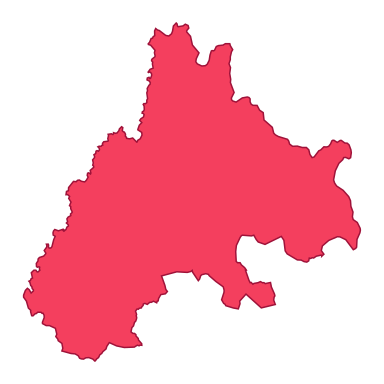 the district of Mouhoun, Mou Houn, Burkina Faso
{"feature_id": "67063806B95698273817509", "entity_name": "Mouhoun", "entity_type": "district", "adm_level": 2, "iso_a3": "BFA", "parent_name": "Burkina Faso", "parent_adm1": "Mou Houn", "projection": "natural_earth1", "projection_center": [-3.46, 12.237], "detail": "fine", "context": "isolated", "style": "filled", "palette": "rose", "viewbox_px": 384, "rotation_deg": 0, "n_neighbors": 0, "source": "geoboundaries", "source_scale": "gbopen_adm2", "svg_char_len": 5890}
<svg xmlns="http://www.w3.org/2000/svg" viewBox="0 0 384 384"><path d="M323.9,254.2L321.3,250.6L322.4,245.9L328.8,240.4L337.4,236.7L340.0,236.9L345.8,239.7L353.3,249.7L355.6,248.5L356.6,247.2L357.0,239.4L359.9,232.8L360.4,230.1L360.1,228.2L357.3,222.5L353.2,219.6L352.4,216.8L353.0,212.1L350.9,206.3L350.5,200.7L348.7,196.6L343.1,190.3L336.6,186.0L334.6,183.0L333.6,179.9L335.3,170.8L338.9,163.3L342.8,159.6L343.6,157.6L345.7,157.4L348.9,158.8L350.6,157.7L351.3,152.7L350.9,149.8L349.1,144.9L347.3,143.2L344.8,143.0L341.3,140.4L340.3,140.4L337.2,142.4L334.0,140.3L332.7,140.3L331.9,140.8L330.5,144.0L328.6,146.4L326.4,147.0L323.9,146.8L320.8,149.9L318.8,150.8L314.1,157.0L312.1,157.6L309.9,154.4L308.8,149.8L306.4,147.5L302.3,147.5L297.3,146.1L292.6,146.3L289.6,144.1L288.7,141.0L287.5,139.3L278.3,136.5L275.3,134.8L273.7,133.1L272.3,127.3L264.0,120.0L263.2,112.6L259.6,110.2L257.1,105.4L252.8,105.3L251.1,104.1L250.1,101.8L250.1,98.9L249.0,97.5L247.3,97.0L242.3,97.9L236.1,102.1L232.6,100.9L231.6,99.8L231.4,98.0L234.1,92.5L230.4,82.6L230.7,79.3L229.7,73.5L230.5,67.6L229.0,63.7L230.3,59.7L230.3,56.8L231.5,51.7L232.7,49.7L230.3,45.6L229.8,43.7L225.3,43.7L223.0,45.1L218.4,45.6L216.3,46.5L214.6,50.1L213.7,50.8L212.0,50.6L211.3,51.0L210.0,55.1L209.2,60.3L207.2,64.3L205.3,65.7L201.8,66.0L197.3,63.9L195.8,61.7L196.3,58.7L199.0,52.9L192.4,45.0L190.5,36.3L186.7,31.9L186.7,30.7L188.8,28.1L188.1,25.5L185.3,24.2L183.0,25.9L178.1,26.7L177.6,26.3L177.0,23.8L176.2,23.0L173.4,26.0L172.5,31.3L171.5,33.8L168.8,36.0L165.7,35.4L159.3,30.5L157.5,30.0L155.7,28.5L154.6,30.9L154.7,35.7L153.2,36.6L152.5,38.2L151.1,38.5L149.6,42.2L148.2,43.8L148.4,44.5L150.7,45.2L155.0,50.3L154.4,52.7L155.1,55.9L154.9,56.8L152.1,59.0L151.6,60.0L151.6,60.8L152.7,62.1L152.4,64.0L153.2,68.1L150.1,69.3L148.1,72.1L148.5,72.5L149.5,72.0L150.6,72.4L151.6,73.9L151.6,75.7L150.5,78.4L149.8,78.6L149.0,77.3L147.3,78.0L147.0,79.9L149.4,81.1L150.3,82.7L150.0,84.4L149.0,85.2L147.2,88.4L147.5,90.8L146.8,92.8L147.6,98.8L146.8,100.1L146.8,102.6L145.5,103.7L143.9,103.6L143.2,104.4L144.1,106.1L144.3,109.6L143.6,111.1L142.4,111.7L142.1,113.2L143.3,113.5L144.1,114.6L143.5,117.0L140.9,118.7L139.7,120.4L141.8,122.6L139.3,125.2L138.0,128.9L137.8,129.8L141.7,132.4L142.0,135.1L140.2,138.8L137.6,140.4L137.3,141.8L136.7,142.1L132.7,138.0L129.7,138.8L126.6,138.4L126.5,137.3L125.4,136.3L125.5,134.2L124.4,132.1L123.5,131.9L122.3,130.7L122.8,127.6L121.6,126.7L119.4,128.9L118.9,130.7L117.0,133.0L115.4,133.3L113.6,132.7L113.7,133.4L112.9,134.5L111.4,133.8L108.1,134.3L108.5,135.6L107.8,138.6L108.3,140.7L107.9,141.2L103.8,141.7L102.5,143.3L102.7,145.2L101.7,145.4L101.1,146.3L99.1,146.2L97.9,146.8L99.2,148.2L99.5,149.8L98.5,151.2L97.0,150.6L96.0,151.2L95.7,153.5L93.9,154.7L94.6,156.6L94.5,157.6L92.6,159.9L93.3,163.0L92.7,165.2L93.6,166.1L93.7,167.3L90.2,170.4L90.9,173.0L90.5,174.0L88.8,172.8L87.6,173.2L87.2,175.4L88.1,177.2L86.3,180.3L84.7,181.9L81.5,181.3L79.3,180.0L77.5,180.3L76.2,181.7L73.5,181.4L68.6,187.5L68.4,190.7L66.5,191.4L66.0,194.7L67.6,194.6L69.6,196.4L68.7,198.4L71.0,202.1L69.5,205.7L70.7,206.5L70.7,208.7L72.1,211.7L72.1,212.5L70.5,214.0L70.8,215.6L68.1,217.1L66.9,218.9L67.6,221.8L66.4,223.0L68.3,224.8L68.4,226.0L66.9,227.1L66.0,229.5L63.9,231.2L63.1,230.5L63.7,229.6L63.2,229.2L58.4,230.8L54.8,229.5L53.5,231.0L53.0,232.8L53.2,235.1L55.2,236.3L53.7,239.7L51.9,246.8L50.8,248.0L49.2,248.1L48.5,247.0L48.6,245.0L48.2,244.1L46.4,244.2L46.9,245.8L46.6,247.2L44.2,250.5L45.8,253.1L45.7,253.8L43.7,256.1L39.4,257.5L38.1,259.0L38.0,260.9L36.3,263.5L36.5,266.6L37.4,267.2L39.0,266.8L39.7,267.2L39.4,269.0L39.9,270.2L37.9,272.0L36.9,271.7L35.9,270.2L33.9,270.2L31.3,272.7L32.5,278.1L31.2,278.6L30.4,280.5L28.9,281.2L29.9,282.4L30.7,285.5L31.8,286.6L32.2,288.6L33.4,289.8L33.4,290.9L31.1,293.0L29.2,289.7L27.4,288.3L25.4,290.4L23.6,295.1L23.6,297.2L26.4,301.1L28.4,308.1L30.7,310.3L30.6,311.8L31.7,315.7L32.9,315.9L35.2,313.7L36.2,313.6L37.8,312.2L41.1,312.3L42.0,313.3L43.0,313.2L44.1,315.3L44.2,317.6L42.4,322.3L42.5,323.6L46.2,325.6L49.5,325.6L55.4,328.3L56.8,334.2L55.8,336.6L57.8,339.1L58.2,340.7L61.9,343.4L62.8,348.3L61.9,351.0L71.0,353.5L75.1,353.9L78.2,355.7L79.6,358.2L81.3,358.9L83.6,359.1L85.8,357.8L88.9,357.6L92.9,359.1L94.7,361.0L95.3,360.9L96.7,358.9L98.5,357.6L99.9,354.7L101.7,353.5L102.8,351.7L106.0,349.0L106.8,346.4L109.3,342.6L116.6,345.9L124.3,347.5L134.3,347.1L137.3,345.2L139.1,345.8L140.1,345.1L141.8,345.3L141.7,343.7L138.5,340.0L138.2,338.4L136.0,336.0L135.9,334.6L134.5,333.4L132.9,333.4L131.0,331.9L131.9,327.6L133.5,325.9L134.5,322.4L135.7,321.2L136.5,318.9L136.7,317.6L136.2,315.7L136.6,314.4L135.5,311.1L137.1,309.0L138.5,309.2L139.1,308.3L141.4,307.9L141.9,306.7L143.1,305.5L143.3,304.0L144.9,303.4L147.3,304.4L149.8,302.3L151.3,302.3L153.5,301.2L156.7,302.8L157.2,301.2L158.2,300.9L158.6,298.5L160.8,294.6L165.4,293.8L167.4,291.5L165.8,289.4L164.9,285.4L161.5,275.9L176.8,271.8L187.3,272.4L190.8,271.5L192.2,270.4L192.6,272.2L198.3,280.7L199.6,279.1L200.7,275.7L201.8,274.7L205.8,273.7L208.5,274.4L209.1,275.6L215.9,281.5L223.2,286.8L224.1,290.1L224.0,292.3L221.6,299.8L223.7,303.4L225.0,304.2L225.8,305.7L233.4,308.0L238.3,308.9L240.0,303.8L239.7,301.1L246.0,294.1L261.3,307.9L275.3,304.5L273.7,300.1L274.1,297.2L274.9,295.9L274.5,294.1L271.4,287.0L270.5,282.5L265.2,283.6L263.9,282.6L262.6,282.8L260.5,281.6L258.0,282.7L254.0,283.4L252.9,284.2L251.1,282.4L250.2,282.7L249.0,280.4L245.7,270.9L245.5,270.1L246.3,270.1L246.1,269.7L244.6,267.6L241.4,264.9L240.1,262.7L237.5,262.7L236.2,261.4L235.7,251.5L236.4,245.4L240.1,237.5L241.3,235.8L242.3,235.2L251.5,235.9L253.8,235.2L256.2,239.5L258.2,242.0L265.0,244.4L281.3,236.4L283.9,240.3L285.2,250.9L287.2,253.9L297.3,259.9L301.2,260.1L304.0,261.6L306.8,262.1L308.7,260.9L309.3,258.1L310.6,258.5L312.2,257.7L313.7,258.0L316.3,256.2L321.3,255.1L321.9,255.3L321.8,256.2L323.9,254.2Z" fill="#f43f5e" stroke="#9f1239" stroke-width="1.5"/></svg>